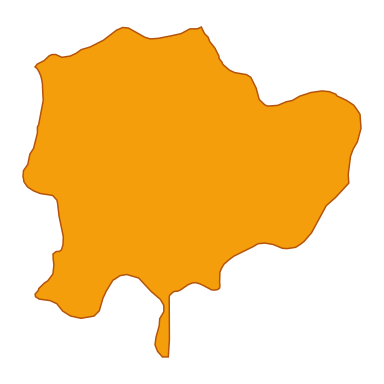 outline of San Martín Sacatepéquez, Quezaltenango, Guatemala
{"feature_id": "79465075B85200654086420", "entity_name": "San Martín Sacatepéquez", "entity_type": "district", "adm_level": 2, "iso_a3": "GTM", "parent_name": "Guatemala", "parent_adm1": "Quezaltenango", "projection": "mercator", "projection_center": [-91.669, 14.784], "detail": "fine", "context": "isolated", "style": "filled", "palette": "amber", "viewbox_px": 384, "rotation_deg": 0, "n_neighbors": 0, "source": "geoboundaries", "source_scale": "gbopen_adm2", "svg_char_len": 2005}
<svg xmlns="http://www.w3.org/2000/svg" viewBox="0 0 384 384"><path d="M163.7,356.9L168.3,356.9L169.4,339.6L169.2,296.9L169.7,295.2L171.2,293.8L172.8,292.3L174.4,291.4L177.3,291.2L179.9,290.3L188.1,284.7L192.5,282.9L196.0,282.7L199.4,283.7L202.8,285.2L211.4,289.8L214.4,290.1L217.0,289.7L218.5,289.1L219.6,287.9L219.9,285.5L219.6,282.2L219.9,272.1L221.8,267.8L224.0,264.2L229.1,259.7L233.9,256.1L252.8,246.8L258.1,243.7L265.0,243.1L273.2,244.5L282.4,248.3L287.0,248.6L292.1,247.9L295.7,247.3L300.5,244.2L304.1,241.4L311.5,232.8L326.3,205.6L335.3,197.7L341.7,190.8L348.8,183.1L348.2,174.6L350.5,156.3L353.2,149.0L357.4,141.8L361.0,128.3L360.0,114.3L356.2,108.5L353.6,105.1L349.9,102.6L346.3,100.3L336.9,95.9L335.9,94.3L329.5,91.7L322.2,90.9L310.9,92.5L299.6,96.2L292.3,100.5L286.2,101.8L277.6,105.4L267.6,106.1L264.7,104.8L259.2,99.5L256.2,88.2L250.8,77.3L246.5,74.6L234.7,72.6L229.5,70.2L222.8,64.4L221.9,62.1L218.9,58.1L219.0,56.2L214.9,48.1L209.8,41.7L208.1,37.2L204.5,33.6L201.3,27.0L197.4,28.8L189.8,28.9L180.9,33.7L170.7,35.9L157.8,38.4L150.2,38.9L144.7,37.2L128.4,28.0L122.7,27.5L119.7,28.8L116.6,30.1L103.3,40.3L89.8,47.1L81.3,49.6L75.8,53.5L70.0,56.1L61.9,57.3L55.7,54.5L51.9,54.6L49.2,55.8L44.1,60.6L37.3,64.1L35.0,66.9L36.8,68.2L38.9,71.5L40.6,75.4L41.5,78.6L42.5,84.1L42.5,86.8L43.2,100.6L38.6,124.9L37.4,126.8L37.4,133.1L33.6,148.3L29.9,154.1L27.8,164.4L23.5,170.6L23.0,176.3L24.0,181.9L27.7,187.1L33.5,190.8L40.2,193.5L52.6,195.4L56.9,200.1L57.6,203.5L59.0,215.9L63.3,236.5L63.0,244.8L61.4,249.9L59.3,251.4L56.2,251.5L53.0,254.0L53.2,258.9L53.9,265.1L52.9,274.0L47.7,280.9L44.5,282.9L38.7,288.6L38.4,290.3L35.1,294.1L35.5,296.7L39.2,299.1L50.1,300.6L56.8,303.7L62.7,311.1L70.5,316.0L81.0,318.3L94.0,316.1L99.3,310.8L102.9,298.3L106.2,291.2L112.9,280.2L114.9,279.1L119.9,275.7L126.7,274.5L138.7,278.0L151.2,291.5L160.3,299.3L163.8,305.3L163.8,311.7L159.7,318.7L159.2,325.7L156.0,337.3L155.0,344.9L157.6,351.4L162.5,357.0L163.7,356.9Z" fill="#f59e0b" stroke="#b45309" stroke-width="1.5"/></svg>